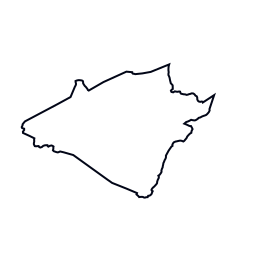 Eunápolis, Bahia, Brazil, rotated 236°
{"feature_id": "56859067B32673788757857", "entity_name": "Eunápolis", "entity_type": "district", "adm_level": 2, "iso_a3": "BRA", "parent_name": "Brazil", "parent_adm1": "Bahia", "projection": "equal_earth", "projection_center": [-39.639, -16.312], "detail": "fine", "context": "isolated", "style": "outline", "palette": "ink", "viewbox_px": 256, "rotation_deg": 236, "n_neighbors": 0, "source": "geoboundaries", "source_scale": "gbopen_adm2", "svg_char_len": 2917}
<svg xmlns="http://www.w3.org/2000/svg" viewBox="0 0 256 256"><g transform="rotate(236 128 128)"><path d="M182.6,38.2L177.2,41.5L176.2,42.1L171.8,44.6L170.9,43.7L169.9,43.1L169.0,42.5L168.1,41.5L167.0,40.8L166.0,40.7L165.1,40.6L164.3,41.5L163.7,42.6L163.0,43.8L162.1,43.7L160.9,44.3L160.4,45.9L160.6,47.8L160.1,49.5L159.5,50.5L158.8,51.6L158.0,51.3L157.1,51.5L156.9,53.3L156.3,54.8L155.3,55.5L154.3,55.9L153.5,55.1L152.4,54.4L151.5,53.3L150.3,53.5L148.9,54.5L147.9,55.3L147.0,56.2L146.7,57.4L146.5,58.6L143.8,61.1L136.2,67.5L96.1,82.3L94.1,83.1L91.4,84.1L78.5,92.9L69.0,99.1L68.2,97.9L66.6,98.3L65.4,98.6L64.5,98.6L63.9,99.8L63.1,101.1L62.5,101.8L61.4,102.4L60.8,103.1L60.5,104.3L59.7,105.6L60.5,106.8L59.9,108.0L59.8,109.2L60.2,110.8L61.1,111.9L61.8,113.1L62.6,112.7L63.5,112.8L64.1,113.7L64.6,115.2L64.8,117.1L65.2,118.7L65.5,120.0L66.0,121.2L67.3,122.3L68.5,123.9L69.2,125.3L70.2,126.3L71.5,126.5L71.5,128.0L72.2,130.0L72.9,131.3L73.9,131.8L74.7,132.7L75.3,133.5L75.9,134.6L77.0,135.6L78.0,136.7L79.1,137.7L79.9,139.1L80.8,140.3L81.4,141.6L82.2,142.8L83.1,143.5L83.9,144.0L86.5,149.0L88.3,153.6L88.3,154.9L89.3,155.4L90.1,156.7L90.5,158.0L90.2,159.8L89.7,160.9L89.3,162.0L88.9,163.0L88.5,164.0L87.9,164.8L87.0,165.6L85.9,166.3L85.9,167.5L86.3,168.8L86.6,169.9L87.0,171.1L87.8,172.3L88.2,173.8L88.5,175.1L88.7,176.4L88.6,177.8L89.3,178.4L90.0,179.1L90.5,180.0L91.0,180.9L92.1,181.1L93.2,181.2L94.4,181.3L95.0,180.4L95.9,179.7L96.7,179.3L97.7,178.7L98.8,178.0L100.1,177.1L100.4,179.6L99.9,181.3L99.6,183.2L99.5,184.9L98.6,185.7L97.2,187.2L96.7,188.3L96.6,189.5L96.6,191.0L96.9,192.2L96.3,193.9L96.2,195.5L95.8,197.4L95.4,198.7L95.1,200.2L95.3,201.5L95.6,202.7L96.0,204.0L96.9,205.5L98.1,206.1L107.1,217.8L107.3,204.3L108.1,204.5L108.8,203.8L109.3,202.5L110.4,201.5L111.5,201.2L112.9,201.4L114.5,202.4L115.8,202.7L117.2,202.0L118.5,202.0L119.5,201.7L120.4,201.2L121.2,200.0L121.4,198.8L121.9,197.6L122.2,196.3L122.7,195.1L123.9,194.2L124.9,192.9L125.8,192.1L126.7,191.2L127.9,191.1L129.0,191.5L129.7,190.8L130.2,189.5L131.0,188.5L132.2,187.3L132.3,185.4L133.6,184.2L134.9,184.4L135.3,185.6L135.3,186.9L136.3,187.6L137.1,188.0L137.8,188.6L138.8,188.9L139.9,188.7L141.2,188.5L142.5,189.0L143.7,189.4L146.5,190.6L148.2,191.0L149.2,191.1L150.3,191.8L151.2,192.7L152.0,193.2L152.9,193.6L154.0,194.3L155.2,195.2L156.4,196.2L157.1,197.0L157.7,197.7L161.8,178.2L165.2,170.5L168.6,164.1L169.5,163.4L170.2,162.5L171.1,162.3L171.9,162.7L175.6,158.2L179.8,133.4L181.0,116.4L181.9,116.0L183.1,116.2L184.0,116.1L184.9,116.1L185.7,116.0L187.0,115.7L188.2,115.7L189.2,115.7L190.4,115.9L191.2,116.5L192.3,116.8L193.1,116.4L193.8,115.7L194.4,115.0L195.2,114.0L195.9,112.5L196.3,110.8L195.3,110.2L194.4,109.9L193.5,109.5L192.6,108.4L191.9,107.0L185.8,97.7L187.2,82.8L191.1,46.3L190.6,44.5L190.0,42.7L189.1,42.0L188.2,40.4L187.1,40.2L185.5,41.5L184.4,40.8L183.7,38.8L182.6,38.2Z" fill="none" stroke="#020617" stroke-width="2"/></g></svg>